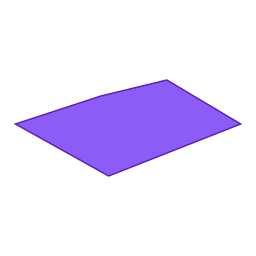 the Independent Component City of Naga
{"feature_id": "PHL-5536", "entity_name": "Naga", "entity_type": "Independent Component City", "adm_level": 1, "iso_a3": "PHL", "parent_name": "Philippines", "parent_adm1": "", "projection": "mercator", "projection_center": [123.259, 13.616], "detail": "fine", "context": "isolated", "style": "filled", "palette": "violet", "viewbox_px": 256, "rotation_deg": 0, "n_neighbors": 0, "source": "natural_earth", "source_scale": "10m", "svg_char_len": 200}
<svg xmlns="http://www.w3.org/2000/svg" viewBox="0 0 256 256"><path d="M166.8,80.0L240.6,124.0L108.6,176.0L15.4,124.0L100.8,96.0L166.8,80.0Z" fill="#8b5cf6" stroke="#5b21b6" stroke-width="1.5"/></svg>